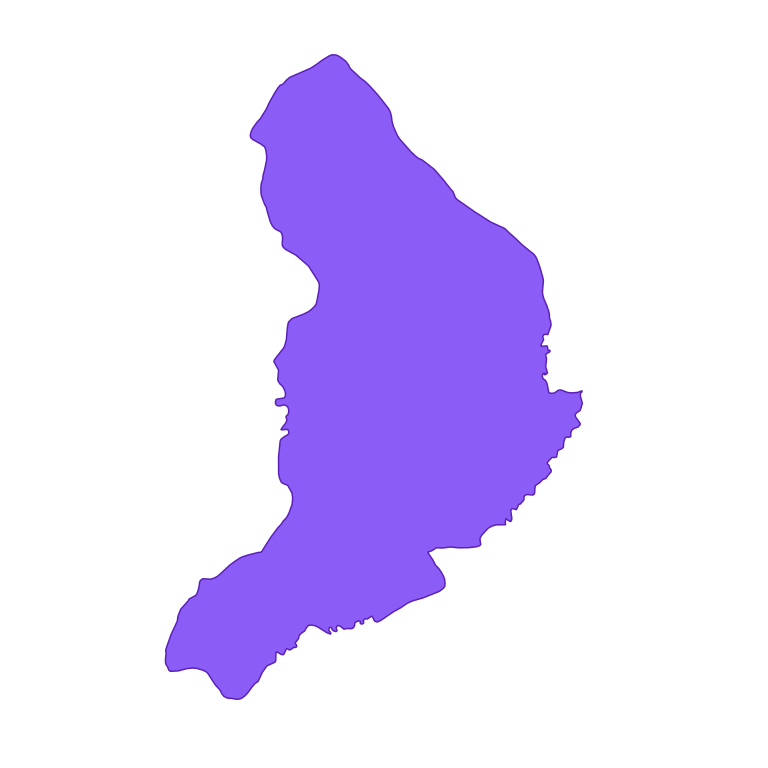 outline of Santa Ana de Yusguare, Choluteca, Honduras, rotated 184°
{"feature_id": "27666195B49671611441491", "entity_name": "Santa Ana de Yusguare", "entity_type": "district", "adm_level": 2, "iso_a3": "HND", "parent_name": "Honduras", "parent_adm1": "Choluteca", "projection": "mercator", "projection_center": [-87.098, 13.304], "detail": "fine", "context": "isolated", "style": "filled", "palette": "violet", "viewbox_px": 768, "rotation_deg": 184, "n_neighbors": 0, "source": "geoboundaries", "source_scale": "gbopen_adm2", "svg_char_len": 6138}
<svg xmlns="http://www.w3.org/2000/svg" viewBox="0 0 768 768"><g transform="rotate(184 384 384)"><path d="M328.5,580.6L331.3,583.3L339.3,592.1L348.8,601.6L361.5,610.1L365.4,611.5L368.8,613.8L373.3,617.5L385.5,629.5L388.2,633.1L392.5,641.4L394.3,646.4L395.2,651.1L396.3,654.8L397.8,657.8L399.4,659.9L410.2,671.8L419.7,680.9L423.9,684.4L428.9,687.6L438.8,695.6L440.8,697.9L441.5,699.7L444.7,703.3L449.4,706.5L452.3,708.0L454.7,708.8L458.9,708.8L461.7,707.4L467.6,703.2L474.4,697.5L479.2,693.9L499.5,683.3L502.7,680.1L505.6,676.2L508.4,674.8L510.7,671.6L513.4,666.5L518.1,656.6L520.6,650.0L525.8,640.2L529.0,636.2L532.8,629.9L533.9,627.2L534.7,623.7L534.6,621.9L534.0,620.4L531.8,618.6L523.5,614.8L521.3,613.2L519.7,612.5L519.0,611.1L517.9,607.9L516.9,602.9L516.8,598.6L518.1,589.0L519.1,584.4L519.3,579.7L520.4,575.4L520.5,571.5L520.1,566.4L519.4,563.2L515.6,554.8L513.8,552.2L512.2,547.2L508.7,537.8L506.7,534.4L504.7,532.1L502.6,530.7L498.4,528.9L497.4,528.2L496.7,527.4L495.9,525.4L495.4,523.0L495.3,516.1L494.8,514.6L493.7,513.1L491.4,511.3L480.8,506.4L467.5,496.4L456.9,482.0L455.9,480.1L455.4,478.3L455.4,473.1L456.8,461.3L457.4,458.7L458.5,456.9L461.4,453.5L464.2,451.0L469.3,448.0L480.3,442.9L483.4,439.4L483.9,437.4L484.3,434.1L484.5,421.6L485.6,415.6L486.7,412.8L493.2,403.3L494.9,400.6L495.4,399.0L495.1,398.1L490.1,390.4L490.3,381.2L489.9,379.6L488.0,377.0L485.3,374.8L484.3,373.7L482.3,370.0L481.5,367.2L481.7,364.8L482.3,363.7L483.1,363.0L489.5,361.5L490.5,361.0L491.1,358.7L490.7,356.5L489.8,355.3L488.2,354.8L486.1,354.9L482.9,356.0L481.4,356.0L480.1,355.6L479.1,355.0L478.2,354.0L477.6,352.5L477.2,350.8L477.2,348.9L477.5,347.5L477.9,346.5L479.1,345.4L479.5,344.5L479.3,343.5L478.4,341.8L478.6,340.2L479.4,338.1L482.6,333.2L483.5,331.4L483.1,331.1L477.0,332.0L476.0,330.7L475.6,328.9L475.7,327.7L476.4,326.8L479.9,324.4L482.5,322.1L483.2,321.0L483.6,319.6L484.1,303.5L482.9,287.2L481.6,282.6L479.7,279.1L478.0,277.8L474.0,276.6L472.7,275.8L468.2,268.8L467.2,264.2L467.2,257.9L469.7,248.9L471.5,244.7L472.7,242.9L474.7,240.6L476.9,236.8L479.9,233.1L486.7,222.5L494.4,208.1L495.1,207.6L497.7,207.2L508.0,203.8L512.7,201.9L515.4,200.5L519.9,197.1L525.1,192.7L535.1,182.0L537.2,180.2L539.3,178.9L541.4,177.9L543.7,177.2L550.9,177.1L552.4,176.3L553.5,175.1L554.1,173.5L554.3,169.6L555.0,165.2L556.4,160.8L557.3,159.8L563.3,156.0L564.3,153.8L571.1,145.1L573.3,138.2L573.7,132.9L579.0,119.0L582.6,106.0L583.2,103.0L582.6,99.9L582.8,94.5L582.5,90.6L581.9,89.0L580.2,86.8L578.8,83.7L577.1,82.5L569.5,83.4L560.5,86.4L555.5,87.3L551.1,87.3L544.8,85.9L541.8,84.7L540.0,83.6L531.4,72.2L526.2,67.2L523.9,63.3L522.2,61.5L519.7,60.2L517.4,59.6L514.4,59.8L509.2,59.2L505.9,59.7L503.7,60.9L500.7,63.5L498.5,66.2L494.4,72.7L491.8,76.2L488.8,78.6L485.3,87.8L481.1,94.7L474.5,98.2L473.0,99.3L472.7,101.3L473.0,106.7L472.8,108.9L472.3,109.1L471.6,109.0L467.7,107.1L466.6,106.9L465.7,107.0L464.8,107.8L464.0,110.3L462.7,113.1L462.0,113.2L459.7,112.0L458.1,112.9L455.8,114.8L453.7,115.1L453.1,115.5L452.8,116.1L452.9,116.9L453.3,117.8L454.3,118.7L454.4,119.7L451.5,124.1L451.1,127.2L448.9,129.8L445.9,132.1L444.3,135.7L442.8,137.6L441.3,138.2L439.7,138.5L435.8,138.0L432.9,136.9L423.6,131.9L420.1,130.8L419.7,131.2L419.9,132.3L421.5,134.0L422.0,135.3L421.7,136.6L420.9,137.5L420.1,137.5L419.3,137.0L418.5,135.3L417.5,134.4L415.1,133.7L414.2,133.9L413.7,134.5L413.7,135.2L414.5,136.4L414.6,137.4L414.2,139.1L413.2,139.8L410.8,139.4L406.7,136.6L404.6,137.4L399.1,137.7L397.9,138.4L397.0,139.6L396.4,141.7L396.5,143.4L395.3,144.7L393.3,145.7L391.6,145.8L390.9,145.2L391.1,144.0L390.7,143.3L389.8,143.0L388.8,143.1L387.7,144.1L387.6,144.8L388.1,146.4L387.2,147.9L386.0,148.6L384.3,148.4L380.4,151.4L379.7,151.2L378.8,150.3L377.5,147.8L376.6,146.8L375.2,146.2L373.8,146.2L370.6,148.0L358.9,157.3L351.5,162.1L346.4,166.2L343.8,167.9L339.7,169.9L330.0,173.4L314.2,181.1L310.8,184.1L309.3,186.1L309.2,189.2L310.0,193.7L311.4,196.6L313.6,200.1L316.6,203.9L320.0,206.9L323.0,211.9L327.7,217.9L328.4,219.1L328.3,219.6L326.7,220.0L325.0,220.9L322.8,222.3L321.2,223.8L320.0,224.3L314.1,224.5L306.3,226.0L298.5,225.8L289.2,226.5L281.6,227.8L278.4,228.8L276.7,230.0L276.3,230.8L277.5,235.9L277.0,238.0L275.9,240.1L270.2,247.3L266.7,249.6L263.2,251.0L260.9,251.5L253.3,252.0L253.0,252.6L253.4,254.9L253.0,258.0L248.9,255.8L248.0,255.7L247.3,257.1L247.1,258.9L248.5,265.4L248.5,267.1L248.2,268.1L247.3,268.5L245.0,268.4L243.5,267.9L243.1,268.1L241.1,273.3L239.5,273.9L236.7,277.6L236.3,278.8L236.5,281.3L236.1,282.1L235.2,283.0L234.2,283.5L233.1,283.7L227.9,283.6L226.6,284.4L226.1,286.2L226.2,290.2L226.0,293.1L221.8,296.5L218.9,299.8L215.9,301.1L214.5,303.6L211.2,308.0L211.1,309.0L211.4,310.2L213.0,312.0L213.6,314.2L215.4,315.7L215.7,316.6L213.9,319.4L211.4,322.3L210.7,322.6L208.8,322.5L206.8,323.2L206.0,329.5L204.7,330.5L201.9,332.0L200.7,333.3L200.6,339.1L199.9,341.6L199.1,343.3L198.5,343.8L196.4,343.7L194.3,344.3L194.0,345.0L194.3,348.1L193.3,351.3L191.1,353.1L187.6,354.5L185.9,356.4L185.5,357.6L185.7,358.6L190.6,364.5L191.1,366.0L190.8,367.3L190.0,368.6L186.7,371.1L185.8,373.7L184.8,378.7L187.4,386.0L187.2,388.6L186.7,389.4L185.9,390.0L185.9,390.7L186.7,390.8L190.2,389.1L197.3,388.1L200.6,388.5L206.7,390.3L208.0,390.4L210.0,389.7L212.1,387.9L213.7,386.9L215.9,386.4L217.8,386.5L218.7,386.9L219.1,387.3L221.3,395.5L222.1,397.2L223.3,398.9L225.5,400.2L226.4,401.8L226.6,403.9L225.8,405.6L225.0,406.1L224.4,405.9L224.2,405.5L224.6,404.8L224.1,404.4L222.9,405.1L221.7,406.4L223.9,412.5L223.6,420.4L224.4,422.9L224.6,424.2L224.1,425.7L221.9,426.8L220.9,427.8L220.6,428.7L221.1,429.2L222.1,428.8L222.8,429.2L223.2,431.5L224.1,433.4L229.5,432.6L229.9,433.0L229.9,433.9L229.5,435.7L228.0,439.0L228.0,439.8L228.8,441.6L228.6,443.5L228.1,444.2L227.2,444.6L225.8,444.9L224.3,444.7L224.0,444.9L221.7,453.1L221.5,455.0L222.2,458.2L223.5,461.4L223.9,465.1L224.9,468.4L227.3,474.0L230.6,480.4L232.0,484.7L232.4,487.2L232.2,498.1L232.8,500.7L236.7,511.6L239.4,517.6L241.4,521.4L243.5,523.8L256.7,533.0L261.7,537.4L269.6,543.5L274.5,547.6L288.7,552.9L305.6,562.1L323.4,572.8L325.7,574.7L328.5,580.6Z" fill="#8b5cf6" stroke="#5b21b6" stroke-width="1.5"/></g></svg>